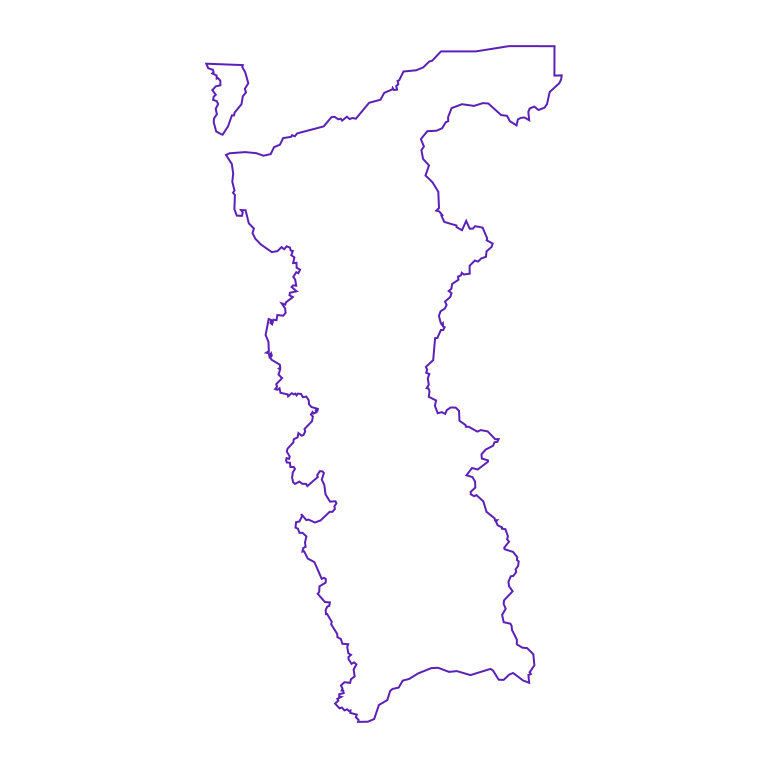 Kasena Nankana East, Upper East, Ghana
{"feature_id": "2480657B68256913631937", "entity_name": "Kasena Nankana East", "entity_type": "district", "adm_level": 2, "iso_a3": "GHA", "parent_name": "Ghana", "parent_adm1": "Upper East", "projection": "albers", "projection_center": [-1.049, 10.75], "detail": "fine", "context": "isolated", "style": "outline", "palette": "violet", "viewbox_px": 768, "rotation_deg": 0, "n_neighbors": 0, "source": "geoboundaries", "source_scale": "gbopen_adm2", "svg_char_len": 6081}
<svg xmlns="http://www.w3.org/2000/svg" viewBox="0 0 768 768"><path d="M491.5,247.0L492.7,243.6L486.7,240.3L487.2,238.4L482.6,227.6L475.1,226.2L472.8,228.7L469.7,228.7L466.2,220.9L462.0,230.2L456.6,227.2L456.5,225.5L444.2,221.9L441.4,215.5L442.3,215.1L439.3,211.5L436.3,210.6L439.0,208.1L438.3,191.8L432.5,182.3L425.5,175.5L429.0,165.4L423.1,159.0L421.4,150.2L423.9,146.5L420.9,139.1L427.3,131.2L436.6,130.7L442.2,128.2L445.7,122.3L448.2,121.2L448.1,117.1L451.6,108.1L462.0,104.2L474.0,105.9L482.9,103.1L488.3,103.5L501.2,115.1L507.0,115.8L509.9,121.2L516.5,125.4L517.9,119.4L521.0,117.8L524.6,117.5L529.2,120.2L528.3,111.9L529.7,108.5L534.3,106.6L538.5,110.0L544.5,107.7L547.0,104.1L549.7,92.0L559.3,83.2L561.1,79.5L561.7,75.4L554.4,75.6L554.5,46.2L509.1,46.1L475.8,51.4L441.0,51.4L432.1,60.8L429.4,61.4L423.2,67.4L416.1,70.3L403.5,71.5L399.1,80.4L397.6,80.9L398.3,84.2L396.2,86.1L397.1,89.6L393.9,90.0L392.7,88.0L392.3,89.4L384.2,92.9L380.5,99.7L369.1,102.8L355.9,118.7L352.2,118.0L349.7,119.1L346.9,116.7L342.1,120.6L340.7,118.7L338.2,119.3L334.6,116.8L331.5,117.1L323.7,126.4L297.2,133.4L294.7,136.3L292.0,135.2L291.2,136.8L283.2,138.1L279.9,144.7L274.0,147.2L270.7,154.1L263.5,155.7L256.4,153.2L245.2,152.1L229.4,153.3L226.0,155.0L231.8,163.9L233.2,173.5L232.3,181.7L234.5,190.6L233.0,192.7L234.9,195.0L234.4,209.3L236.8,215.6L241.9,215.9L242.8,212.7L241.0,210.0L245.6,210.3L248.8,223.3L253.9,228.5L252.5,233.1L255.3,238.7L260.9,244.5L271.8,252.1L277.5,251.1L281.5,247.1L284.2,249.2L286.7,246.3L289.9,247.6L290.7,250.5L292.8,251.0L291.3,255.2L294.4,257.4L293.1,263.1L296.5,262.8L296.6,267.7L300.1,269.7L298.3,273.2L296.3,272.2L293.3,276.9L295.2,279.6L296.2,285.7L293.1,285.4L291.6,287.0L296.6,291.3L289.9,292.8L289.5,295.3L292.8,297.1L285.9,302.4L285.3,304.6L281.7,303.4L285.1,308.4L285.6,312.8L283.2,315.7L277.4,315.0L276.5,320.2L273.4,319.7L272.1,324.3L270.5,323.0L271.2,320.1L268.7,319.0L265.6,335.0L268.4,341.7L268.9,351.1L266.4,352.7L268.8,353.1L269.4,356.3L271.1,353.4L271.8,355.6L270.2,357.6L271.5,359.7L279.8,364.7L280.3,367.7L278.9,368.5L280.2,369.3L278.5,374.6L282.1,378.1L276.2,384.2L277.1,386.7L275.2,389.1L277.5,389.8L279.5,388.3L280.5,392.8L287.6,394.4L288.1,396.3L291.7,393.2L293.9,394.4L295.3,393.6L296.6,395.4L297.8,393.6L301.1,394.0L302.9,397.2L306.3,396.6L308.8,400.3L308.9,404.1L311.4,407.0L317.9,408.9L317.5,410.3L316.3,409.3L315.7,410.4L316.5,412.3L313.4,413.5L312.6,412.1L310.9,414.5L312.9,416.6L312.0,421.2L304.5,429.0L305.2,431.5L303.5,435.0L301.6,435.7L298.4,433.1L297.6,437.3L293.7,439.3L293.4,442.4L287.5,448.7L286.8,451.6L289.7,456.5L289.1,458.9L286.6,458.1L286.1,460.3L286.8,462.5L289.9,462.7L290.4,467.0L293.7,467.0L295.0,468.9L292.8,472.4L292.1,477.7L293.2,482.4L295.0,483.9L299.4,481.6L302.3,483.8L306.1,483.9L307.3,486.1L317.8,477.0L317.2,475.2L319.8,471.2L322.5,471.4L323.9,473.0L321.8,479.6L324.4,485.3L325.5,494.3L330.0,501.6L335.5,501.3L336.4,503.3L334.4,506.4L334.9,509.0L332.3,511.9L329.7,511.8L320.6,520.4L314.9,522.5L308.5,519.6L306.3,520.1L301.3,514.1L302.0,516.3L299.4,521.5L296.1,522.1L295.5,527.6L297.9,528.7L299.5,532.9L302.5,532.8L306.4,536.4L305.0,542.4L305.6,546.8L303.3,548.0L302.4,551.6L304.2,551.4L307.7,558.5L314.4,562.1L321.7,578.8L324.0,577.8L325.9,579.2L325.6,582.7L319.5,586.3L319.2,591.9L317.7,593.8L324.9,602.0L329.9,602.4L329.2,606.0L327.4,606.5L325.7,609.8L325.9,614.1L327.1,614.0L331.7,621.7L331.2,624.3L337.2,633.9L337.4,637.1L340.9,639.1L342.4,643.8L348.2,644.2L347.2,646.9L348.3,653.2L351.0,654.9L348.4,657.1L348.7,659.4L351.5,663.8L354.1,662.4L356.4,664.4L353.6,669.6L354.7,676.4L350.9,679.3L350.1,682.9L344.4,682.2L340.9,685.5L342.5,688.4L341.7,690.5L343.2,690.6L343.7,693.1L339.3,694.2L339.2,696.4L341.2,696.9L337.3,698.9L338.3,700.7L335.1,703.6L339.6,708.4L341.9,707.5L344.4,710.4L347.1,709.4L349.0,711.0L350.5,710.5L350.3,712.9L356.8,714.6L355.9,717.3L358.6,720.0L358.1,721.9L367.9,721.7L374.2,719.0L378.9,705.0L387.3,700.1L390.2,690.9L392.6,688.9L398.7,687.6L402.7,680.6L409.3,678.9L418.1,673.4L431.4,668.1L438.1,667.8L449.1,671.9L456.9,671.1L470.4,675.1L490.5,668.9L493.0,670.5L498.7,679.7L503.6,679.9L509.3,674.6L513.1,673.0L523.1,680.5L529.2,682.8L528.4,675.1L530.9,674.0L529.6,672.3L534.4,665.4L533.3,654.2L527.1,648.1L522.4,647.7L516.8,644.3L516.9,639.7L512.0,630.0L511.6,625.8L510.4,623.7L503.7,622.2L502.1,615.0L505.7,608.7L503.7,604.1L504.0,600.4L512.6,591.3L509.1,586.2L508.4,581.8L510.8,576.3L513.3,575.9L516.2,572.1L515.6,569.3L518.1,566.0L518.7,561.4L516.9,560.0L517.3,557.2L513.0,551.9L504.6,549.2L504.2,547.8L509.0,541.7L507.1,539.3L507.9,536.2L505.4,529.2L501.9,528.7L502.1,527.4L497.7,525.3L496.0,521.7L497.2,520.2L495.0,520.3L494.6,518.3L486.5,511.8L483.3,501.3L476.4,495.1L474.1,496.2L470.8,494.3L470.6,491.9L475.3,487.6L475.1,481.5L472.4,477.1L466.5,475.3L472.0,468.0L477.7,469.5L487.9,461.8L488.0,460.4L481.8,458.5L481.5,454.3L485.5,449.7L493.1,445.7L494.5,442.3L497.4,441.8L498.6,439.1L495.2,439.2L487.7,431.4L480.8,430.1L477.3,431.6L468.8,426.8L465.8,426.7L465.6,425.1L459.5,420.8L459.0,410.8L455.7,407.6L450.6,407.5L446.8,410.1L445.2,413.9L441.9,412.2L437.7,413.2L434.9,405.7L436.1,400.5L428.8,396.8L429.5,391.2L428.4,388.5L426.7,388.1L428.8,384.7L427.8,378.4L429.3,374.0L426.2,372.7L427.2,369.6L425.9,366.9L433.2,360.1L435.1,338.2L437.4,337.9L440.9,330.0L443.2,330.1L444.6,327.2L443.1,326.5L442.9,323.2L441.6,324.4L440.7,322.8L438.9,315.8L440.6,311.3L444.9,308.5L446.6,305.1L445.0,301.6L450.4,296.8L451.5,293.1L448.7,291.0L451.4,288.8L452.1,284.0L458.5,279.7L458.0,276.6L460.9,275.4L461.8,272.8L463.9,274.5L469.7,273.7L469.6,265.8L474.9,260.5L478.0,261.6L481.3,258.4L486.0,256.8L486.5,251.4L491.5,247.0ZM242.8,65.1L206.3,63.7L208.2,68.2L212.9,69.8L213.6,72.2L212.3,73.4L216.5,75.4L216.7,78.5L217.7,77.9L220.3,80.6L220.4,85.3L215.8,86.3L212.3,90.1L215.8,94.8L213.7,96.7L213.1,99.9L216.8,101.2L218.1,104.1L215.7,108.8L216.9,114.2L214.0,118.5L213.7,122.2L216.2,131.5L221.6,134.4L222.6,134.7L228.0,126.4L231.9,115.4L234.0,115.4L234.6,112.6L241.5,104.2L242.8,96.3L246.0,92.3L244.8,88.9L248.3,83.3L245.2,72.2L242.3,67.1L242.8,65.1Z" fill="none" stroke="#5b21b6" stroke-width="2"/></svg>